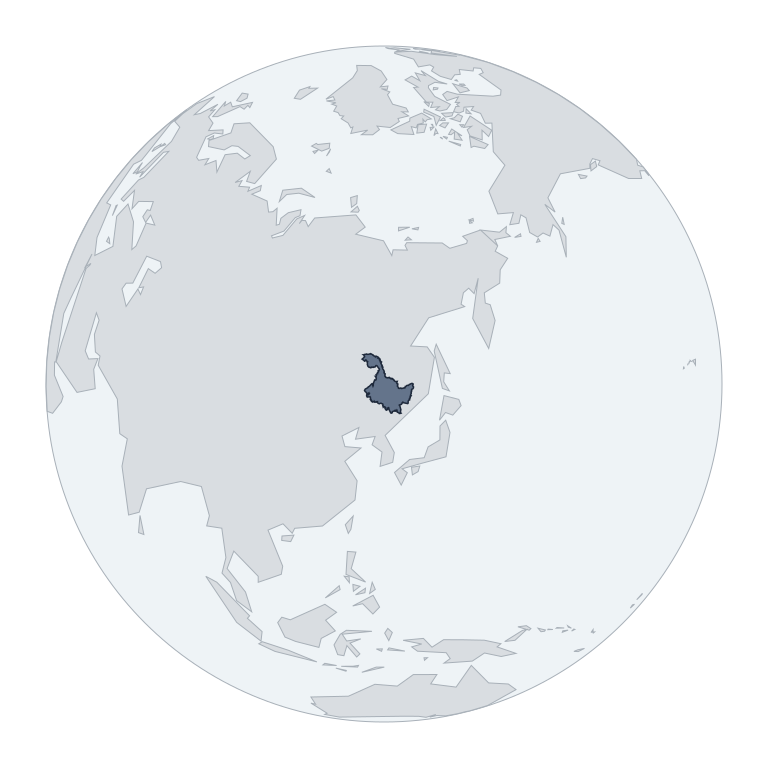 globe centered on Heilongjiang
{"feature_id": "CHN-1839", "entity_name": "Heilongjiang", "entity_type": "Province", "adm_level": 1, "iso_a3": "CHN", "parent_name": "China", "parent_adm1": "", "projection": "orthographic", "projection_center": [127.281, 48.501], "detail": "fine", "context": "on_globe", "style": "filled", "palette": "slate", "viewbox_px": 768, "rotation_deg": 0, "n_neighbors": 0, "source": "natural_earth", "source_scale": "10m", "svg_char_len": 17607}
<svg xmlns="http://www.w3.org/2000/svg" viewBox="0 0 768 768"><circle cx="384" cy="384" r="338" fill="#eef3f6" stroke="#a8b0b8"/><path d="M642.4,593.3L642.1,594.3L641.7,594.8L642.4,593.3ZM636.5,159.4L637.7,165.2L643.0,166.9L647.6,172.6L648.3,173.5L648.9,175.8L644.7,170.7L639.8,170.8L641.7,178.5L628.6,178.5L598.2,164.9L600.0,160.7L592.5,158.6L589.8,164.0L589.9,168.3L560.4,173.8L547.9,197.8L555.1,212.1L544.8,204.3L565.9,236.7L566.3,257.3L559.0,230.1L553.0,224.6L549.9,236.1L543.0,233.0L537.6,237.0L529.7,232.5L526.0,217.8L520.8,214.8L518.9,223.3L509.8,224.7L513.4,212.6L497.8,213.9L488.9,191.2L504.9,165.2L493.3,151.7L491.9,123.1L485.3,123.2L480.6,113.4L471.2,110.1L473.6,106.5L464.0,107.2L463.6,111.2L459.2,113.0L453.6,111.7L455.8,106.5L458.9,106.4L456.6,104.3L460.0,102.4L455.2,102.5L458.4,96.9L447.0,100.6L442.7,94.5L447.1,91.4L457.3,94.2L493.0,96.2L500.6,95.1L501.0,90.0L479.2,74.4L483.2,72.7L480.8,68.4L473.7,67.8L473.1,71.0L459.3,69.5L460.2,74.4L454.7,74.8L451.3,79.5L440.3,76.3L431.5,70.9L433.7,67.1L429.9,64.9L418.4,66.9L413.6,59.1L394.7,53.4L394.7,52.1L411.5,51.3L435.1,54.6L456.9,56.4L431.1,53.0L431.6,50.9L426.8,49.9L420.0,49.1L415.3,49.2L413.0,48.4L437.6,50.7L440.1,51.5L432.2,50.5L443.4,52.4L460.0,55.2L458.9,54.6L485.1,61.6L489.1,62.8L513.0,71.7L536.2,82.3L558.5,94.6L579.8,108.6L599.9,124.1L618.9,141.1L636.5,159.4ZM695.5,365.1L692.7,360.4L695.5,359.2L695.5,365.1ZM690.2,360.4L691.4,361.4L690.3,361.2L690.2,360.4ZM688.9,362.2L689.9,360.9L689.1,362.9L688.9,362.2ZM687.5,365.3L688.2,363.3L688.2,363.8L687.5,365.3ZM684.3,368.2L683.4,368.8L683.7,366.5L684.3,368.2ZM591.0,170.9L590.5,164.6L595.4,161.1L596.7,166.6L591.0,170.9ZM580.6,178.6L578.4,174.4L587.0,176.1L585.6,177.9L580.6,178.6ZM561.8,223.4L562.7,217.2L564.2,224.4L561.8,223.4ZM538.2,238.4L540.1,241.4L536.5,242.3L538.2,238.4ZM457.6,81.1L454.5,80.3L456.7,79.8L457.6,81.1ZM459.0,84.0L463.7,84.0L465.1,85.4L462.2,85.4L459.0,84.0ZM521.0,236.4L514.6,237.4L520.5,233.8L521.0,236.4ZM452.8,83.7L467.0,88.0L469.3,90.6L460.0,92.8L452.8,83.7ZM510.4,236.3L494.8,239.5L497.7,245.9L480.5,230.0L499.5,232.2L506.4,226.6L505.9,232.7L510.4,236.3ZM465.9,113.1L466.1,108.7L471.1,113.8L465.9,113.1ZM470.1,116.0L491.7,130.2L488.6,136.5L482.0,130.2L482.2,139.9L470.0,135.9L467.2,129.7L471.6,126.3L463.6,127.5L470.1,116.0ZM473.5,221.1L469.2,219.9L473.0,218.4L473.5,221.1ZM457.9,114.2L462.5,116.3L460.2,121.8L450.4,118.7L454.3,117.8L457.9,114.2ZM488.1,144.6L484.7,148.5L473.9,146.2L471.1,147.5L469.5,136.4L488.1,144.6ZM452.0,115.9L445.6,117.0L441.6,113.3L453.2,112.6L452.0,115.9ZM463.6,124.7L462.0,127.2L459.8,124.7L463.6,124.7ZM423.8,101.6L429.4,103.5L428.7,106.4L423.8,101.6ZM443.4,117.7L444.8,119.0L445.2,120.5L440.2,120.6L443.4,117.7ZM462.0,135.8L458.2,134.3L462.1,140.2L454.2,139.1L454.6,132.1L451.1,134.7L448.6,134.4L451.7,129.0L462.0,135.8ZM436.2,125.3L433.9,116.5L423.7,112.1L424.1,109.2L440.5,117.0L436.2,125.3ZM445.0,127.9L439.6,125.5L442.8,122.9L448.5,122.9L445.0,127.9ZM448.7,141.1L460.7,144.5L460.3,146.0L448.7,141.1ZM432.6,124.4L433.2,126.6L431.5,124.4L432.6,124.4ZM443.0,136.4L447.4,137.3L446.7,139.0L443.0,136.4ZM430.8,130.3L430.1,127.4L433.9,127.2L430.8,130.3ZM435.9,133.5L433.9,135.6L435.7,128.9L438.0,133.6L435.9,133.5ZM441.7,137.8L442.7,139.1L440.0,137.2L441.7,137.8ZM416.8,133.1L418.1,124.7L426.6,124.1L424.1,132.3L416.8,133.1ZM186.6,109.7L184.1,112.5L170.7,123.6L146.3,154.4L141.5,160.3L133.6,164.2L106.7,202.9L110.7,204.9L97.0,237.5L94.8,255.5L112.9,246.4L116.7,216.3L128.0,204.0L133.5,221.8L131.8,249.6L136.1,245.9L146.1,223.1L154.8,225.1L150.6,215.1L145.6,222.4L142.8,216.7L147.3,209.8L150.2,210.5L153.3,201.6L138.7,201.4L132.0,208.8L134.5,190.4L123.6,201.3L121.1,199.1L138.5,180.0L143.8,177.4L168.8,151.4L163.5,152.3L139.6,177.2L143.0,171.6L135.7,174.1L143.9,167.8L171.5,141.4L179.8,127.2L174.7,121.3L182.8,113.7L196.8,103.6L214.5,96.6L194.3,114.7L200.3,113.5L217.9,104.3L210.2,110.9L214.9,109.7L208.6,116.9L213.0,123.1L208.6,130.6L223.1,129.9L222.8,134.0L214.3,133.0L206.0,136.8L196.6,157.3L198.6,160.3L208.8,158.5L204.9,164.8L216.0,160.5L216.9,172.1L225.1,154.7L237.3,153.2L244.8,159.0L250.3,155.6L238.1,146.4L231.9,145.7L224.2,149.9L208.5,146.6L209.0,140.5L230.9,132.9L234.0,123.8L249.8,122.8L273.2,146.7L276.4,159.1L254.7,183.6L246.6,181.4L250.3,171.3L235.1,182.5L242.0,180.6L238.8,186.3L249.6,187.2L247.9,191.3L261.3,185.5L260.3,190.7L251.8,194.2L267.1,201.0L268.6,212.1L272.9,211.7L277.1,208.2L276.2,225.2L279.4,224.3L280.9,218.3L288.3,212.7L301.0,209.7L300.0,215.7L295.3,217.6L283.9,231.1L271.5,235.8L272.4,238.0L282.9,235.4L296.8,218.9L304.7,215.4L299.3,223.6L301.9,220.4L305.5,220.6L308.2,226.6L314.7,218.0L355.9,214.9L365.2,227.1L355.7,234.2L383.5,240.8L391.8,255.6L393.1,249.8L407.4,250.1L405.0,245.4L406.7,242.7L442.2,243.0L449.8,248.3L466.6,243.4L467.4,240.7L462.7,236.3L480.5,230.0L497.7,245.9L495.2,251.3L507.7,258.3L500.2,269.8L499.7,283.1L484.3,292.8L485.3,303.1L490.2,304.7L495.1,320.5L488.7,348.5L472.7,318.5L478.2,278.2L474.1,293.6L468.7,288.2L463.4,292.7L461.1,304.2L464.7,306.6L428.7,317.8L410.6,346.0L427.2,346.9L434.4,357.3L428.3,393.8L385.1,435.4L394.3,452.5L392.7,462.3L380.1,466.4L382.0,452.0L372.1,444.8L375.1,436.5L355.5,439.2L358.9,427.5L342.0,436.0L344.9,446.6L361.0,448.0L344.8,461.3L357.1,480.8L355.0,500.0L322.5,526.0L294.7,528.3L292.2,533.3L283.0,523.8L268.0,530.1L282.7,566.2L281.3,574.3L258.2,582.3L258.2,576.3L233.8,551.1L227.1,568.5L245.5,592.0L251.7,611.8L236.6,600.6L230.5,582.5L222.0,573.1L225.9,557.6L221.8,528.2L206.7,525.9L209.4,515.7L201.4,486.5L180.6,481.5L146.5,488.8L139.2,512.2L128.6,515.0L122.0,466.2L127.3,438.8L119.8,433.7L117.3,399.0L98.2,365.2L100.0,356.0L95.4,352.0L94.4,334.4L99.1,320.2L96.4,312.8L85.2,350.8L88.6,359.0L97.9,358.6L93.7,369.3L95.2,388.7L77.0,392.4L56.2,361.7L61.9,342.0L86.1,268.4L89.7,265.3L90.1,264.7L90.9,263.4L85.2,267.0L92.0,254.0L70.7,298.4L63.8,313.4L55.8,362.0L54.6,361.9L54.4,375.2L63.1,396.5L61.4,401.8L52.6,413.3L47.2,411.3L46.1,386.5L46.8,361.7L49.4,337.0L53.7,312.6L59.8,288.6L67.7,265.1L77.3,242.2L88.5,220.1L101.3,198.8L115.7,178.6L131.4,159.5L148.6,141.6L167.0,125.0L186.6,109.7ZM122.0,288.9L126.1,306.4L137.9,289.0L140.5,294.6L143.6,286.9L138.8,287.8L148.3,268.6L155.1,273.3L161.6,267.7L160.5,261.6L146.7,256.2L132.8,283.1L126.1,283.2L122.0,288.9ZM430.2,50.8L428.1,50.6L421.6,49.6L425.4,49.9L430.2,50.8ZM388.2,48.6L385.4,47.5L390.0,48.2L394.8,47.8L410.4,49.3L395.5,51.6L399.5,50.0L388.2,48.6ZM427.2,53.0L418.9,51.1L428.5,53.1L427.2,53.0ZM247.0,98.2L240.5,101.6L236.6,100.7L242.2,93.1L248.1,94.1L247.0,98.2ZM232.3,106.8L252.5,102.4L249.8,107.6L247.9,105.3L244.1,109.2L240.0,106.6L217.6,116.6L212.7,116.6L225.8,101.4L224.3,106.0L230.7,102.2L232.3,106.8ZM308.9,88.3L317.6,88.1L300.5,99.3L294.3,98.3L299.5,90.1L309.9,86.6L308.9,88.3ZM433.6,87.5L438.0,88.0L437.5,89.2L433.2,89.9L433.6,87.5ZM426.5,102.2L413.6,87.5L418.0,87.1L405.1,79.9L411.7,76.1L419.9,80.8L415.3,72.9L425.4,75.6L421.0,70.6L438.4,81.3L447.2,84.0L434.9,82.3L428.5,85.6L428.4,87.8L434.7,96.4L450.5,104.4L446.7,109.5L439.9,111.0L435.5,109.8L439.3,106.7L430.7,107.5L432.9,102.2L426.5,102.2ZM361.4,134.7L367.7,130.1L350.8,133.5L352.9,127.0L350.8,127.9L348.1,123.0L341.2,118.7L343.7,116.0L339.9,115.6L338.1,112.6L333.7,111.2L336.7,106.0L331.7,104.1L336.0,102.8L326.4,100.9L334.9,100.0L333.2,96.6L325.9,99.2L352.7,77.9L357.3,70.6L356.7,65.4L371.2,65.6L381.2,71.0L386.9,79.5L380.3,86.9L388.0,86.0L387.2,89.4L381.4,88.7L389.8,91.9L387.5,94.7L392.6,104.2L406.1,108.0L408.3,111.9L401.9,111.8L408.6,115.9L398.0,118.5L399.3,121.5L390.2,127.5L377.0,126.1L379.5,129.6L372.7,134.8L361.4,134.7ZM413.9,134.5L397.7,133.6L390.9,129.9L409.7,121.2L409.9,118.1L421.7,113.1L431.3,118.9L427.1,119.7L425.2,121.9L422.9,119.2L423.3,123.0L417.5,124.4L416.2,127.9L411.3,126.6L413.9,134.5ZM142.5,162.5L140.0,166.4L137.5,171.7L132.9,173.7L142.5,162.5ZM161.0,144.2L159.7,146.9L151.9,151.6L154.5,147.9L161.0,144.2ZM165.6,144.7L160.2,146.7L164.7,143.4L165.6,144.7ZM213.7,135.6L213.1,138.7L210.4,139.7L207.7,138.9L213.7,135.6ZM311.6,146.1L316.3,143.4L317.7,144.5L329.8,143.2L329.2,148.3L321.7,151.1L311.6,146.1ZM109.8,243.7L106.5,241.3L108.6,237.1L109.3,238.7L109.8,243.7ZM117.3,205.1L112.4,215.6L116.1,205.5L117.3,205.1ZM313.0,151.4L318.0,150.2L314.6,153.5L313.0,151.4ZM329.4,152.0L326.5,156.0L330.6,148.8L329.4,152.0ZM335.8,668.1L346.3,670.4L346.0,671.2L335.8,668.1ZM324.8,663.3L336.6,665.5L322.9,664.9L324.8,663.3ZM341.2,666.3L353.3,666.2L358.5,665.4L357.6,667.1L341.2,666.3ZM316.9,661.9L275.0,651.4L258.8,643.8L262.3,641.7L288.5,650.3L316.9,661.9ZM261.0,641.1L236.7,622.4L205.8,576.3L216.8,582.2L249.6,615.8L247.4,618.3L262.1,631.6L261.0,641.1ZM321.2,638.4L318.9,647.4L295.5,641.4L285.0,637.1L277.7,622.6L281.8,617.2L290.3,619.8L324.9,604.3L336.6,612.3L325.6,620.2L335.3,630.9L321.2,638.4ZM140.0,515.4L143.9,534.5L138.5,532.6L140.0,515.4ZM340.1,589.6L325.3,597.9L339.2,585.7L340.1,589.6ZM349.1,576.8L349.4,582.7L344.2,576.2L349.1,576.8ZM290.7,541.6L281.7,540.4L282.0,536.0L293.9,535.1L290.7,541.6ZM353.2,516.0L350.9,529.3L348.3,533.4L345.3,524.7L353.2,516.0ZM315.0,197.5L298.8,193.2L286.7,194.5L279.3,201.6L282.8,190.2L301.4,188.2L315.0,197.5ZM351.0,211.9L357.4,206.3L359.3,210.4L358.1,212.2L351.0,211.9ZM351.5,207.3L350.6,197.6L357.3,195.6L356.7,203.6L351.5,207.3ZM331.1,173.1L326.3,171.3L329.2,168.6L331.1,173.1ZM404.3,716.2L339.5,717.1L324.7,714.4L327.1,713.2L310.9,703.1L315.6,704.2L310.9,697.0L348.4,696.2L374.9,684.3L397.3,686.1L413.3,674.6L436.9,674.5L430.7,683.9L456.1,687.1L471.3,665.4L488.6,682.9L508.3,684.0L516.0,689.6L487.6,705.5L469.6,710.9L465.3,711.7L458.0,713.6L445.5,715.9L436.9,715.5L429.8,717.1L435.8,714.5L426.0,717.3L418.7,716.3L404.3,716.2ZM573.9,651.4L577.8,649.8L584.5,648.4L578.2,651.6L573.9,651.4ZM632.4,604.9L634.5,604.2L630.3,608.1L632.4,604.9ZM641.7,594.8L636.7,599.7L642.4,593.3L641.7,594.8ZM592.6,632.0L594.7,631.9L593.2,633.1L592.6,632.0ZM591.0,632.5L593.1,629.5L593.0,631.4L591.0,632.5ZM571.6,631.1L573.8,629.0L574.9,629.4L571.6,631.1ZM361.8,672.3L376.2,667.1L384.3,667.1L361.8,672.3ZM568.1,630.1L562.3,632.3L562.8,630.8L568.1,630.1ZM568.3,627.2L567.6,625.7L571.4,628.2L568.3,627.2ZM557.0,627.5L564.2,628.0L556.2,628.2L557.0,627.5ZM552.9,629.5L547.8,629.7L548.1,629.1L552.9,629.5ZM497.1,646.9L516.0,653.4L501.2,656.5L484.5,653.0L472.3,661.1L444.0,663.1L450.2,658.6L446.2,652.7L417.5,651.2L411.7,646.9L421.7,644.0L403.1,640.3L423.4,638.4L432.0,647.2L443.6,639.7L464.1,639.8L484.3,640.2L500.9,643.7L497.1,646.9ZM424.0,657.8L427.5,657.7L424.5,660.3L424.0,657.8ZM538.0,628.2L545.4,630.0L544.6,631.2L541.0,631.7L538.0,628.2ZM504.7,641.5L522.5,630.4L526.7,629.5L515.0,640.3L504.7,641.5ZM517.9,626.8L526.4,625.7L530.9,628.6L529.2,630.2L517.9,626.8ZM382.3,648.9L381.6,651.3L376.4,649.0L382.3,648.9ZM389.0,647.9L404.9,651.1L387.6,649.9L389.0,647.9ZM342.2,634.2L346.7,641.0L360.8,638.9L350.0,643.1L359.9,653.9L356.7,657.0L346.9,645.6L343.9,655.7L337.7,654.6L334.0,644.9L340.2,634.3L346.4,630.3L372.0,631.3L342.2,634.2ZM388.8,640.6L384.7,633.1L387.8,628.4L392.3,632.5L388.8,640.6ZM372.9,614.0L362.6,603.7L352.7,606.0L373.1,595.3L379.6,607.1L372.9,614.0ZM364.9,592.7L355.5,594.8L365.5,588.2L364.9,592.7ZM353.4,591.3L352.9,584.4L360.0,586.3L353.4,591.3ZM369.6,593.5L372.2,582.3L375.3,589.4L369.6,593.5ZM351.2,568.7L365.6,582.1L346.0,574.4L347.4,551.4L355.9,552.1L351.2,568.7ZM412.4,474.9L411.5,467.3L419.8,466.0L418.1,471.6L412.4,474.9ZM446.0,456.8L421.7,463.3L402.1,468.8L407.3,472.7L401.2,485.1L394.5,472.5L409.6,459.5L424.2,457.7L428.1,446.9L439.9,439.9L440.0,426.0L445.7,420.2L450.0,432.4L446.0,456.8ZM439.5,420.2L444.0,395.6L458.8,399.4L461.1,405.6L452.8,415.1L445.5,412.5L439.5,420.2ZM449.4,390.9L442.4,388.4L434.2,351.0L436.2,344.2L450.2,373.6L444.3,372.9L443.7,381.8L449.4,390.9ZM469.6,223.3L469.2,220.2L472.3,222.8L469.6,223.3ZM405.1,240.2L408.0,237.0L411.4,239.8L405.1,240.2ZM417.9,229.9L411.9,228.8L418.6,227.4L417.9,229.9ZM398.6,227.3L409.8,227.2L398.5,230.9L398.6,227.3Z" fill="#d9dde1" stroke="#a8b0b8" stroke-width="1"/><path d="M370.0,353.8L370.7,354.1L370.8,353.9L370.9,354.0L371.2,353.9L371.5,354.2L372.1,354.4L372.4,354.6L372.9,355.2L373.3,355.1L373.6,355.7L373.9,355.9L374.7,356.1L374.9,356.5L375.2,356.4L375.5,356.7L375.5,356.3L375.7,356.2L376.4,356.2L377.6,356.9L377.8,357.2L378.1,357.1L378.5,357.5L378.2,358.1L378.9,358.0L379.0,358.3L379.3,358.8L379.7,358.8L379.8,358.9L379.5,359.1L379.7,359.3L379.4,359.5L379.4,359.9L379.5,360.0L379.7,359.9L380.2,360.2L380.1,360.6L380.4,360.6L380.6,361.1L380.5,361.5L381.0,361.7L380.5,362.0L381.4,362.6L381.2,363.1L380.9,363.4L381.7,364.9L382.0,365.1L381.9,365.2L382.0,365.5L381.8,365.9L382.3,366.1L382.3,366.3L382.2,366.6L382.2,366.8L382.6,367.0L382.3,367.3L382.3,367.6L382.5,367.8L382.6,367.4L382.9,367.4L382.9,367.5L382.6,368.0L382.7,368.9L383.5,369.8L383.8,370.5L384.0,370.7L384.0,371.2L384.3,371.8L384.0,372.4L384.3,372.7L384.2,373.2L384.3,373.4L385.2,373.9L385.1,374.4L384.8,375.0L385.0,375.6L384.9,376.1L385.0,376.4L385.4,376.5L385.5,376.7L385.6,377.2L386.2,377.6L386.6,377.5L387.0,377.8L387.5,377.9L388.1,377.8L388.2,377.6L389.2,377.6L389.3,377.4L389.8,377.7L389.8,377.9L389.6,378.0L390.1,378.2L390.6,378.4L390.9,378.8L391.0,378.9L391.4,378.7L391.9,378.9L392.0,378.8L392.0,378.4L392.4,378.5L392.6,378.7L392.7,379.2L393.3,379.3L393.5,379.8L393.9,379.9L393.9,380.2L394.2,380.4L394.2,380.7L395.3,381.5L395.5,381.6L396.2,381.4L396.6,381.7L397.2,381.5L396.7,383.1L397.0,383.4L397.1,383.8L397.6,383.8L397.5,384.2L397.9,384.7L397.9,384.9L397.6,385.5L397.3,385.9L397.4,386.3L398.3,387.3L398.5,387.7L398.5,388.3L399.2,388.5L400.5,388.0L401.2,388.5L401.5,388.2L402.4,388.4L402.8,388.2L403.4,388.2L404.0,387.8L404.8,388.0L405.0,387.8L404.9,387.4L405.3,386.9L405.3,386.5L405.8,386.5L406.8,385.5L407.4,385.3L407.7,385.4L408.5,385.4L409.3,384.4L410.2,384.2L410.5,383.9L411.8,383.4L412.1,383.6L412.4,383.5L412.7,383.9L413.1,384.0L413.0,384.3L413.1,384.7L412.7,385.2L412.6,385.5L412.8,385.9L412.8,386.0L413.1,386.2L413.2,386.6L413.6,387.0L413.4,387.6L413.4,388.0L412.9,388.7L412.7,389.0L412.0,389.1L411.5,389.7L411.4,390.1L411.8,390.9L411.7,391.1L411.4,391.2L411.2,391.8L411.3,392.2L411.1,392.7L411.3,393.0L411.2,393.6L410.8,394.2L410.6,394.8L411.0,395.3L410.7,395.6L411.0,395.7L410.9,395.8L410.9,396.1L410.7,396.4L410.3,396.7L410.1,396.8L410.3,397.3L410.1,398.0L409.9,398.0L409.8,398.4L409.5,398.4L409.4,398.8L409.6,399.0L409.3,399.4L409.5,399.6L409.4,399.8L409.5,399.9L409.3,400.0L408.3,400.8L408.2,401.2L408.1,402.0L408.2,403.0L407.7,403.6L403.4,402.7L403.2,402.5L402.9,402.1L402.7,402.3L402.4,402.8L402.0,403.0L402.0,403.6L401.3,404.4L400.9,404.4L400.3,404.8L399.7,404.8L399.6,405.1L399.3,405.2L399.9,406.1L400.9,409.8L400.6,410.2L400.7,410.6L400.5,411.4L400.7,412.5L400.6,412.8L401.0,413.2L400.4,413.4L399.9,413.0L399.5,413.4L399.3,413.5L399.0,413.0L398.2,412.5L397.3,412.2L397.3,411.7L397.2,411.5L397.0,410.7L397.0,410.1L396.9,410.0L396.7,410.5L396.3,410.8L396.0,411.2L395.7,411.2L395.5,410.4L395.2,410.2L394.7,410.5L394.6,411.1L393.6,411.1L392.5,411.6L392.2,411.9L392.3,412.7L391.3,413.2L390.8,413.0L390.3,412.2L390.2,411.6L389.7,411.0L389.3,409.9L388.9,409.6L388.9,408.1L388.6,407.6L387.9,407.9L387.6,408.5L387.2,408.4L387.3,409.6L387.2,409.8L386.4,410.2L386.1,410.1L385.8,409.5L385.4,409.2L385.4,408.9L384.9,408.1L385.0,407.5L385.3,407.4L385.2,407.1L384.4,406.7L383.9,406.9L383.5,406.6L383.2,407.0L383.0,406.2L382.7,405.7L382.8,405.4L383.1,405.2L382.6,403.8L382.0,403.8L381.0,403.2L380.4,403.3L379.3,403.8L378.3,403.4L377.9,403.1L377.5,402.5L377.5,401.6L376.7,401.8L376.4,401.7L376.1,402.2L375.5,402.1L374.9,402.2L374.7,401.6L374.4,401.6L374.2,401.3L374.0,401.9L373.7,401.8L373.6,401.7L373.4,401.8L372.9,401.7L372.7,402.0L372.3,401.7L372.1,401.8L371.9,401.6L371.9,401.2L371.6,401.2L371.4,400.6L371.1,400.7L371.0,400.4L370.7,400.0L370.8,400.0L370.6,399.8L370.8,399.6L370.7,399.5L370.8,399.2L370.4,398.8L370.5,398.4L370.4,397.3L370.4,396.7L370.3,396.9L370.1,396.7L369.7,396.9L368.0,396.9L367.5,396.7L367.2,397.0L366.6,395.9L366.7,394.7L366.9,394.6L367.8,394.9L368.3,394.8L368.9,394.3L369.2,393.8L369.3,393.6L369.1,393.6L369.2,393.4L369.1,393.2L368.9,393.6L368.6,393.4L368.6,393.1L368.3,393.1L368.0,393.5L367.8,393.5L367.5,393.8L367.2,393.7L366.7,393.3L366.0,392.1L365.1,391.5L364.5,390.3L364.9,389.8L365.2,389.1L367.9,387.6L368.2,386.9L369.4,386.3L371.5,384.0L372.1,383.6L372.4,383.9L372.4,384.7L372.7,385.2L372.8,385.7L372.9,385.8L373.0,386.1L373.3,385.4L373.3,384.9L373.2,384.6L373.3,383.7L373.6,383.0L373.7,382.4L374.5,380.5L374.5,380.2L374.7,379.9L375.7,380.1L376.1,379.6L376.1,379.3L376.2,378.9L376.2,378.7L376.3,378.4L376.1,377.9L376.2,377.7L375.8,377.1L376.0,377.2L376.2,376.3L376.0,376.1L376.3,375.8L376.1,375.3L376.5,375.0L376.3,374.8L376.6,374.7L376.4,374.7L376.4,374.4L376.5,374.3L376.7,374.2L377.0,373.9L377.1,373.5L377.3,373.2L377.5,372.7L377.6,372.8L377.6,372.5L378.4,372.0L378.5,371.6L378.4,371.1L378.5,371.0L378.3,370.7L378.6,370.6L378.9,370.2L379.0,370.1L379.1,369.9L379.2,370.0L379.5,369.3L379.2,368.6L378.8,368.4L378.7,368.0L378.2,367.6L377.4,366.2L376.9,365.7L376.1,365.5L375.9,365.6L375.8,366.1L375.5,366.2L375.4,366.5L375.1,366.7L375.0,367.0L374.4,367.1L373.6,367.0L373.5,367.3L373.3,367.4L372.9,367.4L372.5,367.1L371.9,367.2L371.4,367.1L371.2,367.3L371.1,367.7L370.5,367.8L370.3,367.7L369.9,367.3L369.2,367.3L368.9,367.0L368.6,367.0L367.9,366.2L367.7,365.8L367.7,365.4L367.3,364.6L367.5,363.9L367.2,362.2L367.7,361.8L367.7,361.6L366.8,361.2L366.3,360.2L365.8,359.9L365.7,359.9L365.0,361.1L364.6,361.2L364.4,361.1L364.0,360.4L363.2,360.0L362.9,359.6L362.1,359.1L363.4,358.0L364.1,357.3L364.6,356.7L364.5,356.2L364.2,356.0L364.1,355.4L363.4,354.8L363.7,354.8L364.2,354.5L365.1,354.3L365.8,354.3L366.6,354.0L366.9,354.3L368.5,354.3L369.5,354.1L370.0,353.8Z" fill="#64748b" stroke="#1e293b" stroke-width="1.5"/></svg>